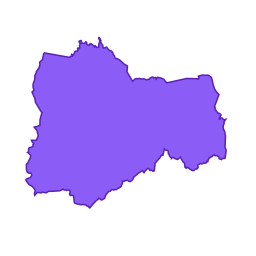 Gbeke, Vallée du Bandama, Ivory Coast, rotated 9°
{"feature_id": "98640826B94469137469464", "entity_name": "Gbeke", "entity_type": "district", "adm_level": 2, "iso_a3": "CIV", "parent_name": "Ivory Coast", "parent_adm1": "Vallée du Bandama", "projection": "natural_earth1", "projection_center": [-5.149, 7.692], "detail": "fine", "context": "isolated", "style": "filled", "palette": "violet", "viewbox_px": 256, "rotation_deg": 9, "n_neighbors": 0, "source": "geoboundaries", "source_scale": "gbopen_adm2", "svg_char_len": 5726}
<svg xmlns="http://www.w3.org/2000/svg" viewBox="0 0 256 256"><g transform="rotate(9 128 128)"><path d="M202.3,157.8L203.1,156.8L203.5,155.8L202.9,154.9L202.7,154.3L202.9,153.7L203.3,153.2L204.6,152.0L205.1,151.8L206.4,152.0L207.6,151.2L208.9,150.7L209.5,150.8L210.9,150.0L211.1,149.7L210.9,149.1L211.0,148.7L212.2,148.5L212.0,147.4L212.0,147.1L212.5,146.8L212.7,144.9L213.4,144.8L214.5,143.4L215.3,143.4L215.5,142.7L216.1,142.3L216.4,141.4L216.6,141.3L217.0,141.1L218.5,141.8L219.3,141.5L220.0,141.4L221.7,142.0L222.4,142.4L222.6,143.3L222.9,144.1L224.0,144.4L224.8,144.3L225.1,144.6L226.5,143.1L227.0,143.0L227.6,143.1L228.5,142.7L228.6,142.3L228.5,135.0L228.2,134.5L227.9,133.3L226.7,132.0L226.6,131.6L226.7,130.0L226.3,126.9L226.0,125.7L226.1,124.8L225.7,122.4L225.7,121.2L225.6,120.5L225.2,119.9L224.6,118.3L224.4,117.1L223.5,115.4L222.8,114.9L222.4,113.8L222.0,113.1L222.0,112.1L221.6,110.9L221.9,110.1L222.3,108.2L222.0,107.7L221.9,107.0L223.2,104.2L222.4,104.6L221.2,104.8L220.7,104.7L220.4,104.5L220.1,103.8L219.2,103.4L217.7,103.8L217.3,105.0L216.8,104.9L216.8,104.6L217.1,103.4L217.0,102.6L217.3,102.1L217.3,101.5L217.8,100.9L217.8,100.4L216.0,99.3L215.6,99.2L214.7,99.3L214.4,99.1L213.9,98.5L213.6,98.4L212.9,97.8L212.2,96.9L211.2,96.1L210.7,93.8L210.0,93.7L212.6,80.8L209.5,78.2L208.3,77.0L207.4,75.8L205.6,72.4L202.6,65.1L200.5,63.9L199.2,63.4L198.2,63.3L196.6,63.8L193.3,64.0L189.4,65.7L189.5,66.1L190.0,66.3L190.2,66.8L189.9,68.5L189.6,68.8L189.0,68.5L183.8,69.1L177.7,70.0L176.4,70.6L159.3,77.3L157.2,75.8L155.9,74.4L153.7,73.6L149.5,73.2L149.0,73.4L148.3,75.4L148.0,75.1L147.7,74.3L147.0,73.8L146.4,74.2L145.6,74.4L144.6,73.8L143.7,73.9L142.0,75.3L141.7,75.6L141.4,76.4L140.7,76.6L138.8,77.6L136.1,76.9L134.2,77.4L131.2,77.3L129.7,77.9L128.3,77.9L127.2,78.5L126.3,79.7L125.7,80.7L125.2,81.1L118.2,72.7L117.8,66.9L114.3,65.5L108.9,62.0L106.2,61.1L105.0,61.3L104.3,61.0L103.8,60.2L103.6,59.2L101.8,57.4L101.4,56.3L101.2,56.0L100.5,55.7L100.2,54.9L99.7,54.6L98.4,54.6L97.6,54.3L95.2,52.6L94.4,51.5L93.8,51.5L92.6,52.6L91.3,52.8L90.9,52.7L90.7,51.9L89.9,49.9L88.6,48.8L87.4,47.0L87.6,46.0L86.9,45.1L86.8,44.6L85.3,43.1L85.0,43.1L84.9,43.3L85.2,44.3L86.1,45.7L86.5,46.8L86.4,48.3L86.0,49.3L86.4,52.5L86.0,52.9L85.6,53.1L84.5,53.3L84.1,53.1L83.3,52.1L82.6,51.9L82.2,52.3L82.2,53.0L80.3,51.5L78.5,50.6L77.4,50.6L77.0,51.8L76.6,52.4L75.4,52.1L74.7,52.2L74.2,51.9L73.9,50.3L73.4,49.6L72.9,49.5L72.6,49.6L72.0,51.0L71.1,51.5L70.0,51.2L68.9,51.5L68.4,49.3L67.9,48.9L66.3,49.8L66.1,50.0L66.2,50.6L67.2,51.7L67.4,52.1L67.5,53.4L67.2,54.1L67.9,56.3L67.4,57.0L67.1,57.2L66.2,56.7L65.8,57.1L65.8,57.4L66.2,58.2L66.3,58.8L65.9,59.9L65.5,60.1L64.3,60.3L63.6,60.8L63.5,61.8L63.2,62.3L63.0,64.1L62.8,64.4L62.3,64.5L60.9,63.9L60.7,64.0L60.8,64.4L61.6,65.2L61.7,65.9L61.1,66.1L59.9,66.2L59.6,66.6L59.4,67.4L33.8,66.9L33.4,67.2L33.0,68.1L33.1,69.5L32.9,71.0L32.9,72.5L32.7,74.1L32.1,75.0L30.9,76.0L30.5,77.0L31.1,79.3L31.1,80.6L30.6,82.0L30.7,82.6L30.7,83.5L29.8,83.9L29.6,84.2L29.6,85.0L28.7,86.4L28.6,86.8L28.8,87.5L27.8,90.7L27.9,91.6L28.1,92.4L28.3,95.0L27.9,96.5L27.8,97.6L27.5,98.5L27.4,100.0L27.8,102.2L28.4,103.7L28.9,104.2L29.1,105.9L28.9,106.3L28.1,106.6L27.6,107.6L31.3,113.3L32.7,117.3L39.6,125.4L40.7,126.2L40.5,126.6L39.8,133.8L40.6,139.1L37.5,140.9L35.2,141.8L38.3,144.5L40.6,149.8L39.3,154.5L34.7,155.2L34.9,155.4L35.2,156.4L37.3,157.9L37.3,158.3L36.9,158.7L36.7,159.3L36.9,160.1L36.9,160.9L36.7,161.2L36.3,161.5L35.7,162.2L34.3,162.5L33.5,163.1L33.2,163.5L33.1,165.0L33.4,166.8L33.4,167.2L33.1,167.6L32.7,167.8L34.1,168.5L34.8,169.3L35.8,169.8L36.2,170.4L36.2,171.5L36.0,173.5L35.0,176.0L34.6,178.2L33.5,179.5L33.3,180.4L33.7,181.8L34.1,184.7L35.1,187.0L35.9,187.7L37.1,188.1L37.6,188.1L38.4,187.6L39.5,188.2L39.9,188.6L40.3,189.8L40.2,190.4L39.3,192.0L39.0,192.4L37.3,193.2L35.4,194.5L35.2,195.0L35.4,195.5L36.0,196.4L38.4,198.8L39.4,199.5L42.8,200.8L44.1,201.9L45.8,203.7L46.2,204.6L45.9,206.3L45.8,207.4L46.5,209.0L46.8,208.3L48.5,205.9L48.9,205.8L52.5,205.7L53.3,204.7L57.1,204.9L59.5,203.0L62.9,202.4L70.1,200.8L72.4,199.4L73.5,198.5L74.4,199.2L74.8,199.2L75.8,198.9L76.9,199.3L78.1,198.7L80.1,198.7L80.9,200.1L80.5,202.5L81.5,203.7L83.8,203.1L84.9,203.9L86.3,209.0L87.0,210.4L88.5,210.9L93.5,211.2L93.9,211.0L95.5,210.6L97.5,210.6L97.8,210.4L98.2,210.4L99.8,211.5L100.3,211.5L101.0,211.4L101.5,211.7L102.0,212.7L102.7,212.9L102.9,212.8L105.9,207.6L106.7,206.6L107.5,205.4L109.6,203.0L110.1,201.9L112.0,202.9L113.0,203.3L113.4,203.2L115.5,201.5L115.6,201.1L115.9,201.0L116.1,200.6L116.1,199.7L116.6,198.2L116.6,197.2L117.5,196.1L118.1,194.8L119.0,193.8L120.4,193.2L120.7,192.3L121.9,191.3L123.9,191.5L124.6,190.8L125.9,190.7L130.2,187.2L130.5,186.7L130.5,185.5L131.0,184.2L131.2,183.2L130.9,181.3L132.7,181.2L133.7,180.3L135.3,179.9L135.7,179.7L137.4,180.6L138.9,180.5L139.4,179.7L140.6,178.5L141.4,175.5L144.3,172.4L145.0,171.2L145.6,170.8L148.9,167.8L149.6,168.4L150.3,169.4L150.8,169.7L151.0,169.5L150.9,168.9L151.0,168.5L152.1,167.3L153.2,165.5L154.2,164.7L155.0,165.0L155.8,166.0L156.4,166.5L156.8,166.5L157.2,166.0L158.0,165.9L159.3,166.8L160.7,166.2L160.6,164.2L160.4,163.2L160.6,160.7L160.0,158.9L161.2,157.3L161.6,156.1L162.1,155.7L162.8,154.4L163.9,153.0L165.4,149.6L166.8,149.4L167.2,143.1L168.6,143.9L169.7,144.0L170.4,143.9L171.2,144.3L171.9,147.2L172.4,147.4L174.0,149.9L175.8,150.7L175.8,151.2L176.8,150.2L177.5,150.1L179.1,150.9L180.5,151.1L182.0,151.4L184.2,148.5L187.4,152.6L187.8,153.0L188.6,153.3L189.1,153.8L190.0,155.9L190.3,157.7L190.8,158.1L191.7,158.6L191.9,158.5L192.2,157.5L192.5,157.5L193.0,158.0L193.7,157.9L194.7,158.2L195.7,159.1L196.3,159.2L197.6,159.8L198.5,160.0L199.8,159.6L200.6,158.6L201.7,157.9L202.3,157.8Z" fill="#8b5cf6" stroke="#5b21b6" stroke-width="1.5"/></g></svg>